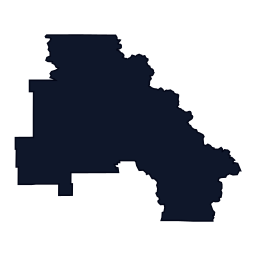 Flathead, Montana, United States of America (Robinson projection)
{"feature_id": "52423323B85659466987849", "entity_name": "Flathead", "entity_type": "district", "adm_level": 2, "iso_a3": "USA", "parent_name": "United States of America", "parent_adm1": "Montana", "projection": "robinson", "projection_center": [-113.761, 48.298], "detail": "fine", "context": "isolated", "style": "filled", "palette": "ink", "viewbox_px": 256, "rotation_deg": 0, "n_neighbors": 0, "source": "geoboundaries", "source_scale": "gbopen_adm2", "svg_char_len": 4254}
<svg xmlns="http://www.w3.org/2000/svg" viewBox="0 0 256 256"><path d="M58.8,195.3L72.2,195.2L72.3,183.9L70.7,183.9L70.8,172.5L83.8,172.5L111.0,172.4L118.5,172.4L117.9,167.9L116.5,167.5L116.1,168.8L114.4,164.4L117.3,164.4L117.4,162.5L119.6,162.5L119.5,160.6L134.8,160.6L136.0,161.8L136.8,165.6L139.2,170.3L143.3,170.1L146.6,173.0L146.4,174.0L146.8,174.4L147.6,173.8L148.6,173.9L149.1,173.7L149.5,174.0L152.2,178.5L154.3,178.5L157.1,181.2L157.8,182.9L156.8,185.2L157.8,188.5L157.4,192.3L156.1,193.2L157.3,196.1L159.2,197.4L159.5,199.8L158.0,201.1L158.5,202.5L160.5,204.5L164.3,204.3L164.9,207.5L164.1,212.0L162.4,212.6L162.1,217.5L161.2,220.4L178.8,220.4L193.7,221.0L212.8,221.0L212.6,219.4L213.7,217.7L212.8,215.4L214.1,215.2L214.5,212.3L212.6,210.3L210.5,204.5L210.7,203.2L213.4,201.1L215.2,201.6L218.1,201.4L219.5,200.5L219.3,197.5L221.0,197.1L221.7,192.8L220.7,190.1L221.8,188.3L221.8,184.5L221.3,182.6L218.2,181.2L218.8,178.3L221.2,177.4L225.6,177.1L226.5,175.2L229.5,173.6L233.0,174.8L237.2,174.5L239.2,170.6L240.6,170.7L237.6,163.5L234.6,162.8L233.4,163.4L233.0,160.8L234.5,160.1L231.7,157.5L229.7,157.7L230.1,155.7L228.4,154.4L229.6,151.9L227.7,150.2L226.3,150.1L224.6,149.8L222.4,151.4L222.2,148.8L221.1,147.6L218.3,149.4L213.6,149.2L214.0,148.2L211.8,147.5L210.3,145.6L207.8,144.3L205.9,145.7L203.5,144.9L202.9,138.6L203.9,136.5L202.9,134.8L199.6,133.1L197.3,132.4L196.4,129.9L193.8,129.4L191.2,127.4L191.0,126.4L190.4,125.6L190.2,125.6L189.3,125.0L188.3,124.5L188.4,123.5L187.6,122.7L187.2,122.4L187.6,122.0L188.0,121.6L188.8,120.7L190.1,119.9L191.0,119.3L192.0,118.5L192.4,117.4L192.6,116.7L192.3,115.9L191.2,115.2L191.0,114.2L191.0,113.2L190.8,112.5L190.3,111.7L189.2,111.5L187.9,112.0L186.7,112.3L185.5,112.1L184.4,111.9L183.8,111.2L183.1,110.5L182.1,110.2L181.4,109.7L181.0,109.1L180.3,108.8L179.5,108.6L178.8,108.4L178.2,107.8L177.6,107.6L177.2,107.1L177.4,106.4L177.8,105.5L178.6,104.8L178.3,103.7L178.1,102.8L178.6,101.9L178.5,101.3L178.0,100.1L178.1,99.0L178.1,98.0L178.4,96.8L178.4,95.9L178.5,95.1L177.7,94.4L176.4,94.3L175.2,93.9L173.9,93.2L173.6,92.2L173.0,91.6L171.9,91.1L171.0,90.6L170.7,90.2L170.2,90.1L169.6,90.3L168.3,90.5L167.4,90.6L166.6,90.3L165.7,90.6L165.2,91.2L164.2,91.3L163.2,90.8L162.9,89.7L162.0,88.9L161.4,88.3L160.6,88.1L159.8,88.6L159.3,89.0L158.5,89.7L157.6,89.7L156.7,89.2L155.2,89.0L153.7,88.8L152.6,88.3L151.8,88.0L151.1,87.7L150.7,87.1L150.1,86.8L149.4,86.5L148.8,86.1L148.7,85.4L149.2,84.9L149.3,83.9L149.4,83.0L149.3,82.1L149.5,81.1L149.9,80.3L150.4,79.4L151.0,79.0L151.1,78.4L150.8,77.9L150.2,77.0L150.0,76.3L149.9,76.0L150.5,75.7L151.0,75.7L152.2,75.4L152.8,74.8L153.2,74.0L153.4,73.4L153.9,72.7L153.4,71.9L153.2,71.3L153.3,70.5L152.9,69.8L152.3,69.2L151.2,68.9L150.5,68.3L149.9,67.5L149.7,66.3L148.4,65.7L147.6,64.9L147.3,64.1L147.0,63.5L146.7,63.0L146.5,62.1L146.9,61.4L147.8,60.4L147.8,59.8L147.9,59.5L147.8,59.0L147.2,58.8L146.2,58.2L145.5,57.6L145.2,56.8L144.8,55.9L144.1,55.8L143.5,56.3L142.6,56.5L141.8,56.1L141.8,55.5L140.5,55.1L139.4,54.5L138.9,54.5L137.9,54.9L137.0,55.3L136.3,55.9L135.9,56.4L135.4,56.5L134.7,56.3L134.0,55.8L132.8,55.5L132.3,55.3L131.9,55.4L131.7,56.0L131.0,57.1L130.1,57.9L129.0,58.3L128.4,58.7L127.8,59.1L126.9,59.1L126.5,58.6L125.8,58.6L125.6,58.9L125.2,58.9L124.9,58.5L124.2,58.1L123.2,57.8L122.7,57.5L122.4,57.1L122.7,56.8L123.4,56.5L123.8,55.9L123.6,54.8L123.1,54.2L122.4,53.6L121.9,53.1L121.0,53.0L120.1,52.1L119.6,51.3L118.5,50.6L117.1,50.1L116.9,49.5L117.4,49.1L118.0,49.1L119.4,48.7L120.9,47.9L121.3,47.1L121.1,46.0L121.2,45.2L120.3,44.4L119.0,44.3L118.3,44.1L118.0,43.4L118.4,43.0L118.7,42.0L119.6,41.2L120.3,40.1L120.0,40.0L119.2,39.9L118.4,40.1L117.4,39.9L116.9,38.7L116.7,38.0L116.9,37.4L116.3,36.5L115.8,35.6L115.6,35.3L98.5,35.2L90.3,35.1L76.9,35.0L59.7,35.1L46.7,35.1L45.4,36.4L45.9,37.5L49.9,37.8L51.1,38.7L49.8,41.3L47.5,43.3L49.1,47.0L48.3,49.6L50.1,51.8L50.3,56.1L47.0,57.5L46.0,60.3L47.9,61.4L52.4,61.7L52.2,63.0L54.8,64.4L56.2,67.1L58.6,68.0L57.8,69.2L55.3,70.5L51.6,71.6L50.2,73.7L51.3,75.6L50.2,77.6L53.9,78.8L55.7,80.3L29.5,80.3L29.5,91.6L33.6,91.6L33.5,114.6L33.5,137.5L15.4,137.6L15.4,149.1L16.4,149.1L16.2,165.1L16.2,167.0L18.4,167.0L18.3,184.3L31.8,184.3L36.3,183.9L58.9,183.9L58.8,195.3Z" fill="#0f172a" stroke="#020617" stroke-width="1.5"/></svg>